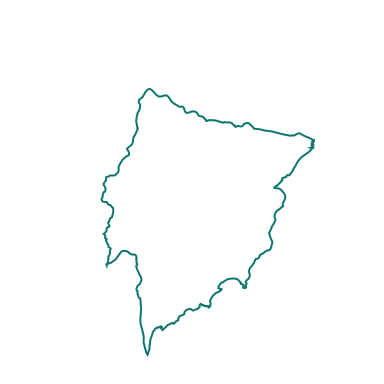 Padang Lawas, Sumatera Utara, Indonesia, rotated 55°
{"feature_id": "22746128B18337582481574", "entity_name": "Padang Lawas", "entity_type": "district", "adm_level": 2, "iso_a3": "IDN", "parent_name": "Indonesia", "parent_adm1": "Sumatera Utara", "projection": "natural_earth1", "projection_center": [99.825, 1.157], "detail": "fine", "context": "isolated", "style": "outline", "palette": "teal", "viewbox_px": 384, "rotation_deg": 55, "n_neighbors": 0, "source": "geoboundaries", "source_scale": "gbopen_adm2", "svg_char_len": 6072}
<svg xmlns="http://www.w3.org/2000/svg" viewBox="0 0 384 384"><g transform="rotate(55 192 192)"><path d="M203.3,304.1L202.5,303.4L202.3,303.0L203.5,298.6L203.4,293.0L201.0,286.4L200.4,284.3L200.4,283.3L201.3,281.3L203.2,279.2L204.7,278.7L205.6,278.7L206.5,278.0L207.9,277.9L209.4,276.2L210.3,274.8L212.0,274.4L214.3,275.2L214.6,275.4L215.0,276.3L216.2,276.7L218.0,277.9L219.7,278.2L220.4,279.1L220.3,279.8L221.6,280.6L223.0,281.1L229.1,282.3L231.9,282.6L234.0,283.2L235.0,283.7L237.2,287.1L237.6,288.5L237.5,289.2L237.6,290.1L238.4,291.7L239.5,293.1L241.1,293.8L242.0,293.4L243.6,294.8L245.4,295.2L247.8,296.2L248.6,296.1L249.3,295.5L249.7,295.6L251.6,296.6L258.7,300.9L266.5,307.2L270.0,309.5L276.6,311.9L283.0,314.6L287.6,318.0L297.3,321.6L299.8,321.7L295.8,316.4L293.7,315.3L292.5,313.6L290.2,312.0L289.0,310.4L288.2,309.8L287.1,307.9L285.3,305.4L284.3,304.5L283.8,303.0L283.7,302.1L283.1,301.2L282.9,300.0L283.2,299.4L282.8,298.5L283.9,297.2L283.8,296.1L284.2,294.4L284.6,294.2L285.4,294.2L285.6,295.5L288.2,295.3L287.1,288.0L288.0,283.0L289.2,282.9L289.6,282.3L288.8,279.4L289.2,276.9L288.3,276.1L288.1,276.2L286.8,274.0L286.6,273.2L287.3,271.0L287.6,268.6L287.4,268.1L286.3,267.3L285.9,266.7L285.5,264.7L285.9,262.3L286.5,260.8L287.9,259.8L289.3,259.5L289.7,259.1L290.0,258.6L290.1,256.5L290.4,255.8L291.0,255.1L290.7,253.3L290.7,251.9L289.3,250.9L288.8,250.0L288.7,249.0L289.3,248.9L289.9,248.4L290.4,248.7L291.0,247.7L291.5,247.7L291.7,247.3L292.7,246.7L292.8,246.8L293.3,246.4L293.5,245.7L294.3,245.4L294.5,244.4L294.9,243.9L295.8,244.5L296.2,244.6L296.4,244.3L295.9,242.5L295.0,241.8L294.4,240.9L293.0,240.2L292.1,240.1L291.5,239.7L290.1,237.3L288.9,234.1L288.4,230.8L289.1,227.4L289.2,224.6L288.8,223.7L288.5,223.5L288.1,223.6L287.6,224.4L286.0,225.6L285.7,225.5L285.5,225.0L284.7,224.4L283.4,221.3L283.3,219.4L283.4,218.8L283.8,218.2L283.5,216.6L283.8,214.7L283.7,213.7L284.0,212.6L285.5,209.3L287.3,206.7L289.3,205.0L290.7,204.5L292.3,204.2L294.3,204.4L294.6,204.1L295.1,204.7L295.4,204.7L295.7,204.5L295.8,204.1L296.9,203.6L297.2,203.2L297.7,203.2L298.8,203.9L298.9,204.3L299.4,204.8L300.0,204.9L300.3,204.1L301.1,203.8L301.3,202.6L301.0,202.3L300.5,202.5L300.1,201.9L299.5,201.9L298.1,199.6L296.5,199.6L296.3,199.4L295.6,198.0L295.6,196.1L295.4,195.5L295.0,194.4L294.1,193.0L292.3,191.8L289.8,191.1L287.5,188.1L287.1,185.7L285.9,183.1L285.9,182.3L283.5,178.6L283.6,177.7L284.3,176.8L284.3,175.5L283.9,174.2L283.2,173.6L283.3,173.2L282.5,172.1L283.0,168.9L282.8,166.1L283.2,163.5L283.6,163.0L283.9,162.1L283.9,161.1L283.1,159.4L280.7,156.7L280.2,155.8L279.6,155.2L278.1,154.5L276.0,154.4L270.0,152.5L265.7,145.4L264.8,143.2L264.5,143.2L264.8,143.1L263.1,140.2L262.3,139.5L259.3,138.4L257.9,137.0L257.2,135.9L256.6,134.9L256.1,132.9L256.2,130.4L255.9,127.1L256.0,125.7L255.5,125.6L253.1,123.9L252.5,122.4L251.8,121.1L250.9,119.8L249.1,118.0L246.7,117.4L241.9,117.7L240.6,118.0L238.8,119.0L236.8,121.4L235.7,122.2L235.3,120.6L235.3,119.6L235.7,119.0L235.8,118.5L235.2,117.4L235.2,116.3L234.8,114.0L234.4,113.4L234.5,112.2L234.2,112.0L234.1,111.3L233.3,111.1L232.5,109.8L233.0,109.0L232.9,107.8L233.5,107.0L233.7,106.3L233.4,105.7L232.8,104.9L232.8,104.4L233.8,103.3L234.1,102.3L233.6,101.8L233.6,100.9L232.8,98.5L231.4,95.7L229.7,91.8L228.2,89.0L226.8,85.0L226.3,81.9L226.2,72.5L225.7,70.0L225.2,68.9L224.2,69.4L224.6,68.8L224.0,68.8L224.0,68.6L224.6,68.1L224.0,68.1L223.9,67.8L224.3,67.4L224.4,67.1L223.4,67.5L222.5,67.3L222.6,67.0L223.3,67.1L223.5,66.9L222.5,66.6L222.8,66.5L222.7,66.0L222.9,65.8L222.9,65.6L221.9,65.9L221.2,65.7L221.3,64.5L221.1,64.3L220.9,64.3L220.7,64.8L219.6,64.7L219.6,64.2L220.6,64.2L220.8,63.8L220.4,63.2L220.0,63.1L219.5,62.3L218.7,63.0L214.7,65.0L212.1,66.9L209.1,68.5L207.2,69.3L205.7,70.2L204.8,71.7L204.3,75.9L202.7,78.1L202.3,79.2L196.4,84.9L189.1,91.0L185.4,94.8L183.3,97.3L180.2,99.8L175.5,105.0L174.3,104.8L170.4,105.6L169.1,105.7L168.3,106.0L167.7,106.5L166.9,107.8L166.0,110.5L166.6,111.5L166.9,113.2L166.7,113.7L166.1,114.7L164.2,116.4L163.8,118.6L163.2,119.3L162.8,119.3L162.0,118.8L160.6,119.7L158.2,119.9L156.5,121.3L155.5,123.0L154.0,124.6L153.5,125.4L153.2,126.7L152.2,127.3L150.9,128.6L148.2,130.5L145.8,132.9L142.6,137.3L142.7,137.6L142.6,138.4L141.9,139.6L141.0,139.3L139.9,139.3L138.7,139.9L137.8,139.6L137.3,139.8L135.8,140.5L133.9,142.5L133.1,142.7L129.8,142.5L128.3,143.1L126.8,144.5L125.8,146.2L125.1,149.2L124.1,151.1L123.7,151.4L122.1,151.5L120.8,151.3L120.1,150.9L118.0,150.4L116.8,150.6L115.9,151.7L115.6,152.7L115.0,153.4L108.8,156.2L106.6,156.7L104.2,156.9L102.0,156.7L99.5,156.9L98.7,157.2L98.2,157.6L97.4,158.6L97.0,159.9L96.4,161.3L96.2,162.2L94.7,164.5L92.2,165.5L87.2,166.1L85.1,166.6L83.3,167.5L82.7,168.9L83.1,172.1L85.9,178.1L86.0,181.6L86.5,182.9L87.7,184.0L90.8,184.5L92.2,185.5L94.9,188.3L95.9,191.0L97.8,193.0L98.3,193.9L99.5,194.7L101.3,196.7L107.2,199.6L108.6,199.7L108.7,200.5L109.7,200.9L110.1,201.4L110.7,202.9L112.7,206.1L113.5,208.3L115.4,210.3L117.0,211.6L118.4,213.6L118.7,214.6L119.2,220.3L119.7,220.6L123.2,220.8L124.3,221.3L125.3,222.1L125.6,223.5L125.2,225.1L125.3,226.7L125.7,230.0L126.7,232.8L129.0,237.4L132.7,240.1L133.6,241.7L133.8,243.8L134.1,244.9L134.1,245.8L131.7,249.3L131.4,250.1L131.6,251.3L130.5,253.4L130.9,254.2L132.7,255.2L133.1,255.7L133.9,258.2L134.7,259.9L135.1,260.1L138.6,260.5L139.9,261.1L141.4,262.3L141.8,262.9L141.5,264.4L141.7,264.8L142.9,266.6L144.6,267.8L145.9,270.2L146.8,270.5L148.1,270.7L148.9,270.4L150.0,269.4L151.0,267.9L152.0,267.5L154.2,267.8L156.1,266.3L157.9,266.3L159.8,265.8L160.9,266.4L163.2,268.0L166.7,272.0L166.8,274.8L168.3,276.1L168.7,277.5L169.1,278.4L169.5,278.6L172.4,279.0L172.8,279.4L173.0,280.1L172.5,280.9L172.5,281.8L173.0,282.9L174.4,283.9L174.7,284.6L175.2,285.2L175.7,288.4L176.6,288.0L177.3,288.1L177.9,288.0L180.0,289.6L180.6,289.4L181.5,288.8L181.7,289.0L182.3,290.2L182.7,290.4L183.9,290.4L184.7,290.8L187.1,290.8L189.0,291.9L191.6,291.0L192.4,291.8L193.2,293.4L195.4,294.4L197.3,297.9L199.0,298.8L199.4,299.6L201.4,301.0L202.1,303.5L202.6,304.0L203.3,304.1Z" fill="none" stroke="#0f766e" stroke-width="2"/></g></svg>